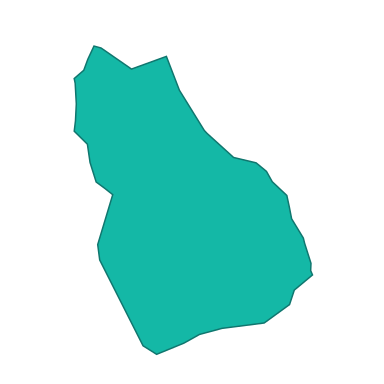 the district of Santiago Nejapilla, Oaxaca, Mexico, rotated 353°
{"feature_id": "50627088B17376037616195", "entity_name": "Santiago Nejapilla", "entity_type": "district", "adm_level": 2, "iso_a3": "MEX", "parent_name": "Mexico", "parent_adm1": "Oaxaca", "projection": "albers", "projection_center": [-97.386, 17.432], "detail": "fine", "context": "isolated", "style": "filled", "palette": "teal", "viewbox_px": 384, "rotation_deg": 353, "n_neighbors": 0, "source": "geoboundaries", "source_scale": "gbopen_adm2", "svg_char_len": 654}
<svg xmlns="http://www.w3.org/2000/svg" viewBox="0 0 384 384"><g transform="rotate(353 192 192)"><path d="M287.6,230.7L286.8,219.2L285.7,207.0L272.9,191.6L268.4,180.6L259.2,170.9L237.5,162.8L214.1,135.7L211.7,132.4L191.9,89.5L183.1,54.3L146.9,62.6L119.3,38.0L112.5,35.2L104.8,47.5L99.4,58.0L88.9,65.0L89.3,69.9L87.9,90.5L85.0,107.2L82.5,117.3L94.0,131.8L94.4,150.3L98.1,170.4L105.6,177.5L113.0,185.0L92.0,232.7L92.1,248.2L124.7,338.7L137.1,348.8L165.6,341.0L182.0,334.3L205.2,331.0L247.7,330.8L275.1,315.6L281.6,301.8L301.5,289.0L300.2,284.5L301.4,277.3L297.5,256.5L296.9,251.3L287.6,230.7Z" fill="#14b8a6" stroke="#0f766e" stroke-width="1.5"/></g></svg>